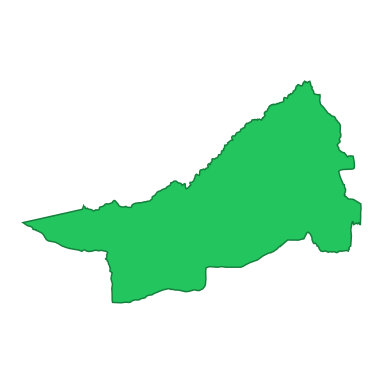 outline of Nachingwea, Lindi, United Republic of Tanzania
{"feature_id": "72390352B76457855664867", "entity_name": "Nachingwea", "entity_type": "district", "adm_level": 2, "iso_a3": "TZA", "parent_name": "United Republic of Tanzania", "parent_adm1": "Lindi", "projection": "robinson", "projection_center": [38.431, -10.327], "detail": "fine", "context": "isolated", "style": "filled", "palette": "green", "viewbox_px": 384, "rotation_deg": 0, "n_neighbors": 0, "source": "geoboundaries", "source_scale": "gbopen_adm2", "svg_char_len": 6031}
<svg xmlns="http://www.w3.org/2000/svg" viewBox="0 0 384 384"><path d="M23.0,222.6L27.4,225.6L31.7,226.9L32.9,228.4L33.0,229.3L34.2,229.7L35.1,229.5L35.6,230.1L36.3,230.0L36.8,230.7L38.3,231.2L42.2,233.3L43.8,235.3L46.0,239.1L46.6,239.8L47.9,240.6L48.9,241.0L55.4,242.2L58.6,243.8L61.9,245.9L65.9,247.4L69.6,248.5L78.9,250.1L81.8,251.3L84.0,249.9L84.8,249.9L86.9,251.2L88.8,251.5L92.3,251.1L95.0,250.2L96.5,250.4L97.0,250.2L98.6,250.9L100.9,250.3L105.9,251.3L107.1,251.9L107.7,252.7L106.6,255.0L106.9,256.3L106.8,257.3L106.4,258.1L105.6,258.6L105.6,259.0L106.5,259.7L107.5,260.1L107.4,261.1L108.2,262.1L108.6,264.2L109.7,266.0L109.7,267.5L110.3,268.2L110.4,268.8L110.1,269.3L109.9,271.0L110.2,271.5L110.8,271.4L111.2,271.8L111.8,273.0L112.2,273.1L111.6,274.9L111.0,278.8L112.5,284.0L111.8,288.5L112.1,292.6L112.2,300.6L112.6,302.4L121.0,302.8L124.7,302.3L127.4,302.2L128.0,302.5L130.4,302.2L132.0,300.9L134.9,299.9L137.7,300.0L139.6,299.7L140.5,298.8L145.1,297.8L146.5,296.2L148.7,295.2L151.9,294.9L153.9,293.6L162.4,290.1L168.7,288.6L171.1,289.5L171.7,289.2L175.3,290.0L178.9,290.1L185.5,291.7L188.6,291.4L194.4,289.8L196.9,290.4L199.0,290.6L202.8,288.8L204.8,286.2L205.4,284.6L205.9,278.6L205.7,272.6L205.9,268.2L206.9,267.5L209.4,266.6L217.5,267.2L221.9,266.6L225.7,267.2L240.8,267.2L242.9,266.4L245.6,264.8L250.0,262.6L257.7,259.8L263.3,255.7L268.2,253.3L269.9,252.7L270.7,252.9L271.6,252.1L272.8,251.9L277.2,248.9L278.6,247.2L281.4,245.2L281.3,245.5L287.7,240.0L298.5,240.1L302.5,239.0L303.8,238.9L306.7,233.2L307.2,232.5L307.8,232.2L308.3,232.4L310.2,233.9L311.9,237.4L312.1,239.9L313.2,242.7L314.1,243.6L315.3,243.0L316.6,244.5L317.1,246.1L317.8,246.1L318.8,247.3L319.2,248.8L320.8,251.0L323.0,251.5L325.9,250.9L327.3,251.9L328.4,252.2L330.4,251.6L332.2,252.1L332.9,251.8L334.3,251.7L336.3,252.6L337.3,252.5L340.0,250.9L341.2,251.3L346.7,250.5L348.3,251.1L348.7,249.7L349.2,249.3L349.2,248.9L348.9,248.5L349.3,247.3L349.6,246.7L350.7,246.0L351.4,236.1L350.8,229.7L352.1,222.3L352.6,221.7L353.0,221.8L353.4,222.4L353.2,223.4L353.8,224.6L356.5,223.0L357.2,223.8L357.7,223.9L358.5,223.5L358.7,222.7L359.1,222.8L359.8,224.5L360.4,224.5L360.7,215.8L360.6,213.5L361.0,208.4L360.8,203.9L353.4,199.4L348.1,198.9L347.0,197.5L345.8,196.5L344.7,196.2L344.4,195.4L345.0,194.9L344.4,193.9L345.4,191.8L345.6,189.2L344.7,187.7L344.2,184.6L343.3,184.3L340.2,177.0L338.6,171.4L340.3,170.1L343.1,169.5L352.1,169.1L353.5,168.7L354.1,168.2L354.4,166.8L354.4,165.1L354.1,161.4L353.1,156.2L350.6,155.9L349.0,156.0L347.3,156.9L346.4,155.3L344.2,152.7L343.0,152.6L340.8,151.3L339.1,149.9L338.6,147.6L337.8,146.3L337.6,145.6L337.2,145.3L337.2,144.9L338.8,142.9L339.7,142.5L340.1,141.0L339.5,140.6L339.3,139.8L339.9,137.5L340.8,136.7L340.6,135.9L340.9,135.1L340.8,134.3L340.1,131.7L340.4,125.3L339.0,122.9L337.5,121.5L337.0,120.4L336.2,119.9L334.9,117.2L333.9,116.5L331.5,115.9L330.1,114.3L328.1,113.3L323.2,106.9L320.6,104.4L319.7,100.5L320.1,96.1L319.9,94.7L317.5,94.7L314.3,93.9L313.8,92.8L313.7,91.8L312.6,89.7L311.9,89.1L312.2,87.1L310.8,85.6L310.5,83.1L309.8,81.3L308.7,81.7L307.3,82.7L306.9,82.2L306.4,82.0L305.6,82.3L305.5,81.8L304.6,81.2L303.2,83.0L303.4,83.4L302.7,84.0L302.4,85.6L301.0,85.9L301.0,85.7L299.8,85.4L298.7,84.6L297.5,85.0L297.3,85.9L296.4,86.1L295.6,88.4L295.8,88.9L294.5,90.6L293.3,91.1L293.1,92.5L292.7,93.0L292.0,93.4L291.8,93.9L290.6,93.7L289.7,95.0L289.0,94.6L288.0,95.8L288.0,96.5L287.2,98.3L284.6,97.5L284.1,97.8L283.6,99.1L283.8,100.7L282.9,102.0L279.9,102.7L278.9,103.5L278.5,103.3L277.4,103.7L276.8,103.6L276.2,104.2L275.2,104.5L274.9,104.3L273.9,104.6L273.2,104.2L271.8,105.0L271.3,104.8L270.6,105.7L269.6,106.0L269.4,106.6L269.0,106.7L268.8,107.9L268.0,108.7L266.9,111.2L266.5,111.6L265.8,111.4L264.6,112.4L264.3,114.1L265.1,115.2L264.6,116.4L263.0,117.5L263.2,117.8L263.1,118.1L262.2,118.5L262.2,118.9L261.7,119.4L261.5,120.1L259.5,119.2L258.3,119.4L257.8,120.0L257.4,119.3L256.5,119.8L254.8,119.5L254.5,119.9L253.9,119.7L253.2,119.9L252.4,119.8L251.8,120.3L251.5,121.4L250.8,122.0L249.3,122.4L248.5,123.3L246.8,123.3L246.2,123.8L245.0,125.4L244.8,127.4L244.0,127.9L243.2,127.9L242.0,128.9L240.8,129.3L240.3,131.2L239.8,131.8L237.0,132.6L236.4,133.1L235.1,135.7L232.4,136.1L231.9,136.9L231.7,137.9L232.3,139.3L232.7,139.8L232.7,140.3L231.0,140.3L228.0,142.6L227.7,142.8L228.0,143.3L227.9,143.6L226.5,145.2L226.0,145.4L225.7,145.1L224.8,145.2L224.4,147.9L223.5,148.9L223.6,150.4L222.1,150.7L221.6,151.2L221.3,153.7L220.0,154.8L218.7,154.7L218.0,156.9L216.7,158.0L215.5,158.2L214.6,159.1L212.8,158.8L212.3,158.9L211.9,159.5L212.1,161.4L210.9,162.5L210.4,164.2L210.0,164.7L209.2,163.6L208.3,164.2L207.8,164.9L207.8,165.9L208.2,166.7L208.2,167.5L206.0,168.4L205.1,169.6L204.6,169.7L204.1,169.2L203.5,169.1L201.9,169.8L200.4,170.0L199.7,171.7L199.7,173.4L199.3,175.4L197.5,174.9L196.8,174.2L195.7,174.8L195.4,175.4L194.8,178.0L194.2,179.0L194.1,180.1L192.4,182.1L191.3,182.4L190.2,182.3L189.9,183.2L190.4,184.3L190.7,184.4L190.7,185.0L190.5,185.5L189.7,185.8L189.5,186.4L189.0,186.7L187.8,188.2L186.9,188.3L186.4,188.8L186.0,188.6L185.4,187.0L185.2,184.2L184.8,184.4L184.5,183.8L183.3,184.4L182.4,185.4L182.0,185.3L181.0,183.5L179.3,183.0L178.6,183.1L176.0,181.1L174.4,181.1L173.6,181.4L172.4,182.5L170.8,182.8L170.4,184.8L169.9,185.4L167.2,186.7L165.9,188.3L162.4,189.5L160.2,191.0L158.8,191.2L157.1,192.2L155.6,194.5L154.5,195.5L152.3,196.8L152.0,199.0L149.3,201.2L147.2,201.2L146.2,201.9L144.5,201.8L141.4,202.7L138.8,202.8L134.8,203.4L132.4,204.7L132.0,205.3L131.5,207.0L130.9,207.3L127.6,207.4L126.2,206.5L125.2,206.5L124.6,206.9L122.2,207.0L120.9,206.7L119.1,205.9L117.8,203.8L116.7,202.5L114.9,200.6L114.0,200.5L113.1,201.2L112.3,202.6L111.9,202.8L108.7,204.0L106.5,203.8L105.2,204.2L104.0,205.6L102.2,206.6L100.1,207.0L99.6,207.4L99.2,209.3L98.5,209.8L96.9,210.0L96.0,209.8L95.2,210.1L94.4,210.8L93.6,210.9L92.7,210.6L91.9,209.8L90.6,209.4L89.1,209.3L88.1,208.9L87.2,208.2L86.5,208.6L85.4,208.4L85.1,207.1L83.8,206.4L83.6,205.9L82.4,209.3L23.0,222.6Z" fill="#22c55e" stroke="#15803d" stroke-width="1.5"/></svg>